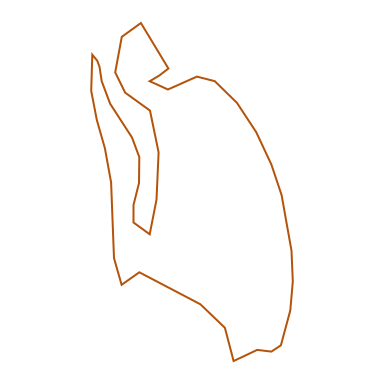 an SVG outline of Barbuda
{"feature_id": "ATG-5091", "entity_name": "Barbuda", "entity_type": "Dependency", "adm_level": 1, "iso_a3": "ATG", "parent_name": "Antigua and Barbuda", "parent_adm1": "", "projection": "equal_earth", "projection_center": [-61.817, 17.637], "detail": "fine", "context": "isolated", "style": "outline", "palette": "amber", "viewbox_px": 384, "rotation_deg": 0, "n_neighbors": 0, "source": "natural_earth", "source_scale": "10m", "svg_char_len": 647}
<svg xmlns="http://www.w3.org/2000/svg" viewBox="0 0 384 384"><path d="M139.3,272.3L121.6,284.8L114.0,258.1L111.1,182.4L104.9,148.3L96.8,119.9L91.2,90.8L92.3,54.7L97.3,60.8L99.5,66.8L101.7,81.2L110.1,103.7L132.0,137.5L139.3,157.1L139.0,183.1L133.5,205.0L133.5,222.5L149.7,234.3L156.5,199.7L158.6,152.4L150.0,110.6L125.2,92.7L115.2,72.4L121.8,36.8L140.9,23.0L168.4,68.5L159.2,75.6L149.7,81.2L167.9,89.5L196.9,76.6L214.8,81.2L237.0,102.9L256.3,132.3L271.4,164.6L281.6,195.1L291.5,250.7L292.8,281.4L290.3,310.4L280.9,345.3L271.4,351.6L257.2,349.9L233.6,361.0L224.9,327.8L200.4,304.3L139.3,272.3Z" fill="none" stroke="#b45309" stroke-width="2"/></svg>